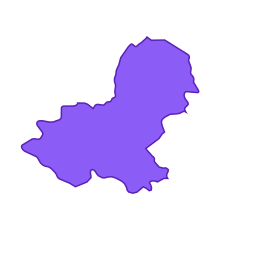 map outline of Liberecký (Albers equal-area conic projection), rotated 139°
{"feature_id": "CZE-1597", "entity_name": "Liberecký", "entity_type": "Region", "adm_level": 1, "iso_a3": "CZE", "parent_name": "Czechia", "parent_adm1": "", "projection": "albers", "projection_center": [15.007, 50.741], "detail": "fine", "context": "isolated", "style": "filled", "palette": "violet", "viewbox_px": 256, "rotation_deg": 139, "n_neighbors": 0, "source": "natural_earth", "source_scale": "10m", "svg_char_len": 2678}
<svg xmlns="http://www.w3.org/2000/svg" viewBox="0 0 256 256"><g transform="rotate(139 128 128)"><path d="M73.9,102.1L74.6,103.9L79.6,105.3L81.6,106.5L87.2,110.7L92.5,111.9L95.7,112.1L98.0,111.4L99.4,109.8L100.8,107.2L103.1,101.0L106.2,101.1L111.4,99.7L127.9,100.9L128.2,98.9L128.1,91.0L127.9,90.3L127.8,89.5L127.9,88.2L128.3,87.4L129.8,85.8L130.2,84.6L130.1,78.0L127.9,74.8L125.5,72.9L124.9,70.3L125.6,69.5L126.3,68.9L127.1,68.5L128.0,68.3L130.0,66.8L130.7,65.8L131.1,63.9L133.9,66.4L141.2,68.0L142.4,70.3L144.1,71.9L146.1,73.0L147.7,72.6L148.2,70.3L149.5,67.3L151.4,65.9L153.1,66.8L153.7,70.3L155.1,73.6L163.3,73.7L167.2,75.7L169.5,79.4L169.4,81.6L168.1,84.0L167.1,88.2L167.5,91.5L168.9,95.5L170.6,99.3L172.2,101.8L175.1,104.1L177.7,105.3L179.9,107.1L181.7,111.4L181.7,113.6L181.3,115.9L181.2,118.1L182.1,120.0L184.0,120.5L185.8,118.9L187.2,116.5L188.5,114.8L194.5,114.2L206.2,118.2L208.3,124.8L213.2,134.6L213.5,136.4L213.3,137.7L212.8,138.9L212.4,140.7L212.2,142.8L212.5,147.2L212.9,149.3L213.6,151.0L215.4,153.3L216.1,154.5L216.5,155.8L216.8,157.1L216.9,158.5L216.8,159.9L215.8,164.8L215.8,165.7L216.0,166.6L221.1,178.0L221.4,179.4L221.5,180.8L221.3,182.3L220.7,183.6L219.9,184.3L218.9,184.5L207.7,182.6L206.0,181.5L202.9,178.2L202.1,177.8L201.3,177.7L200.4,177.7L196.7,179.0L195.9,179.7L195.4,180.9L194.9,188.2L194.6,189.9L194.0,191.1L193.1,191.8L192.2,192.1L191.2,192.0L190.1,191.5L187.9,189.7L183.4,184.0L180.6,181.7L174.3,179.2L172.7,179.2L171.3,179.8L165.0,186.9L164.1,187.3L163.2,187.2L162.2,186.7L154.2,179.9L151.8,179.1L151.0,179.1L150.4,179.3L149.9,179.5L149.6,179.9L144.4,175.2L142.9,172.4L141.6,165.6L137.8,166.7L136.8,166.4L135.8,166.0L134.9,165.2L132.1,161.9L131.3,161.4L130.6,161.2L127.1,161.4L125.9,160.8L124.5,159.7L123.5,159.5L122.4,159.8L120.8,160.5L119.6,160.5L118.2,159.9L117.3,159.9L116.6,160.2L116.1,160.8L114.4,163.6L113.6,164.6L110.5,167.2L109.6,168.2L109.0,169.1L107.5,172.2L106.4,173.5L105.2,174.6L102.8,175.9L101.7,176.6L100.0,178.3L98.7,179.3L93.3,181.8L87.4,185.8L74.3,189.1L71.8,189.3L70.5,189.2L70.1,188.9L69.8,188.3L69.6,187.7L69.5,186.9L69.4,186.3L69.3,185.7L69.1,185.0L68.8,184.5L68.1,184.1L67.1,184.0L64.9,184.1L62.1,183.7L55.6,183.8L54.0,184.2L52.9,179.0L42.6,170.3L34.7,144.4L34.5,143.2L34.7,142.2L35.2,141.3L35.9,140.6L38.0,139.3L40.7,132.4L41.3,131.6L44.6,128.6L45.0,127.8L45.2,126.8L45.2,124.4L45.5,123.2L46.0,122.2L46.6,121.3L48.5,119.6L50.2,110.2L50.7,109.1L51.5,108.8L52.5,109.3L60.1,117.2L61.3,117.5L62.5,117.2L63.6,116.5L64.5,115.4L65.3,113.9L65.7,112.2L66.0,108.6L66.3,107.4L66.8,106.7L67.4,106.2L71.7,105.9L72.4,105.4L73.0,104.8L73.4,104.1L73.8,102.7L73.9,102.1Z" fill="#8b5cf6" stroke="#5b21b6" stroke-width="1.5"/></g></svg>